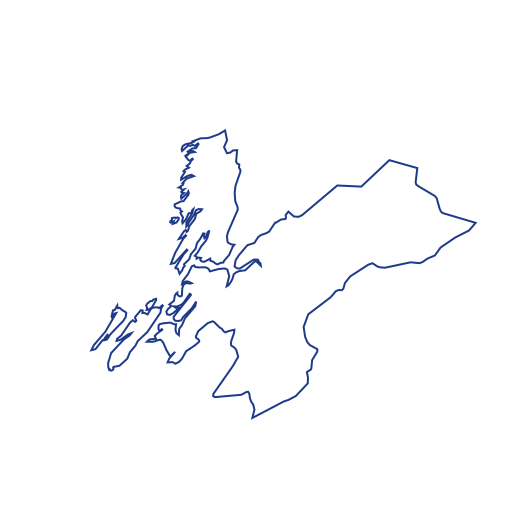 SVG path tracing the border of Sør-Trøndelag, rotated 318°
{"feature_id": "NOR-911", "entity_name": "Sør-Trøndelag", "entity_type": "County", "adm_level": 1, "iso_a3": "NOR", "parent_name": "Norway", "parent_adm1": "", "projection": "robinson", "projection_center": [9.786, 63.353], "detail": "fine", "context": "isolated", "style": "outline", "palette": "blue", "viewbox_px": 512, "rotation_deg": 318, "n_neighbors": 0, "source": "natural_earth", "source_scale": "10m", "svg_char_len": 6142}
<svg xmlns="http://www.w3.org/2000/svg" viewBox="0 0 512 512"><g transform="rotate(318 256 256)"><path d="M419.2,274.0L434.7,298.6L423.9,308.1L422.9,310.0L423.3,312.5L429.1,331.1L429.0,333.9L424.4,343.1L423.2,346.5L423.4,348.9L441.4,378.3L431.4,379.6L416.5,375.6L398.9,373.2L389.3,375.3L381.8,372.7L375.6,371.9L372.7,370.7L366.6,364.1L344.0,351.0L340.5,347.3L339.2,345.0L337.7,339.3L333.7,337.6L312.4,334.2L304.0,335.6L299.1,338.7L297.0,338.9L294.7,336.6L291.8,335.6L283.7,336.6L255.8,334.3L243.9,340.6L238.4,349.0L236.5,354.3L236.4,358.1L239.2,366.3L237.5,368.1L228.1,370.9L221.7,376.7L220.4,377.1L216.7,376.3L216.0,376.6L213.3,381.1L209.2,385.3L192.0,386.7L183.9,384.7L179.3,382.7L144.9,373.9L152.0,369.2L154.5,364.6L154.9,361.4L156.0,358.2L158.8,354.0L159.3,351.6L158.0,350.7L152.2,349.3L131.2,333.5L130.4,331.6L131.9,330.0L164.8,322.4L175.3,319.0L178.6,312.4L178.6,309.1L177.7,306.3L178.4,304.6L180.5,302.8L188.3,298.4L190.6,296.3L184.9,293.2L182.2,292.4L181.6,290.5L181.9,287.3L181.1,284.6L180.7,277.1L180.1,275.5L175.3,273.6L162.8,273.2L157.4,275.6L156.8,276.7L157.4,279.5L157.1,281.1L156.0,281.7L150.4,281.5L140.4,280.0L132.2,282.8L127.9,283.2L124.0,282.1L123.1,279.2L119.1,275.9L123.2,274.1L131.8,273.1L125.0,273.3L126.5,265.9L129.0,258.6L129.3,255.7L128.8,254.0L122.0,250.8L117.6,246.7L121.0,246.7L126.3,250.6L127.2,247.7L130.4,247.4L137.0,248.1L137.0,247.3L134.8,247.3L134.2,246.3L134.9,244.7L137.3,242.3L138.9,242.2L142.1,244.0L147.7,248.1L149.7,252.2L150.9,253.2L146.6,257.2L145.3,260.0L145.7,263.2L150.3,258.7L154.8,257.8L161.5,254.8L177.2,252.7L181.1,249.8L173.4,251.9L161.1,252.6L157.2,253.7L154.8,252.3L152.6,250.1L152.8,247.7L154.0,246.1L181.6,241.4L181.8,240.3L181.5,239.8L170.7,242.3L167.9,242.2L163.5,240.7L161.0,238.2L161.9,241.4L164.1,243.1L156.6,243.1L152.6,242.2L150.9,239.9L152.2,237.3L155.0,236.5L159.7,236.5L159.1,234.0L165.1,234.4L168.8,231.4L171.1,230.5L173.0,230.6L172.0,231.7L171.7,233.1L172.1,234.5L173.0,235.6L174.4,235.9L179.6,230.7L182.8,228.9L185.0,229.1L186.6,230.0L188.7,232.6L190.0,233.2L188.8,230.2L187.5,228.4L185.5,227.6L182.4,227.3L184.8,225.6L193.2,224.0L201.5,220.7L203.8,221.6L203.5,223.5L205.3,225.7L210.8,230.5L211.8,232.3L212.1,234.3L211.4,236.5L219.9,240.9L224.4,244.3L225.6,246.9L222.6,253.1L213.9,258.9L216.0,259.3L219.5,258.6L222.9,257.4L227.3,254.7L230.5,254.9L233.6,256.1L238.4,259.4L251.5,259.2L252.7,260.7L253.1,266.4L254.3,264.6L254.3,261.8L255.0,260.2L253.7,258.6L251.8,257.1L235.5,254.5L233.7,252.5L233.0,249.5L237.9,245.6L243.6,244.0L256.8,242.2L263.5,245.2L270.3,243.4L273.5,243.7L279.4,246.1L282.3,246.6L292.7,244.0L293.2,244.6L299.0,245.6L302.6,248.2L303.8,247.7L305.5,245.4L309.8,244.7L310.6,251.9L313.5,255.1L315.1,255.8L317.9,256.5L363.6,258.0L380.7,274.9L419.2,274.0ZM247.4,233.1L244.5,233.7L236.6,237.3L229.0,238.2L227.4,239.0L225.1,237.4L221.7,236.4L220.8,234.3L220.4,231.6L218.9,229.1L220.2,227.3L213.9,225.8L212.5,224.4L211.8,222.8L212.1,221.4L213.9,220.7L212.4,218.9L210.1,218.2L211.4,216.7L210.7,214.9L214.8,214.4L222.2,212.1L229.1,211.1L232.5,209.7L238.4,205.8L236.1,206.0L231.9,208.1L229.6,208.3L230.8,206.0L232.7,204.9L231.8,203.8L226.7,205.8L220.6,207.0L216.1,210.1L208.9,211.1L204.3,213.7L196.9,214.0L196.3,215.8L194.4,215.8L191.2,217.4L187.3,218.1L189.5,213.1L188.1,211.5L188.1,210.8L203.4,206.3L208.8,205.8L208.8,204.9L190.8,206.8L187.5,204.9L198.2,199.5L213.7,194.4L217.6,194.2L217.6,193.4L213.6,193.3L210.1,191.7L219.2,189.4L221.1,189.6L221.3,190.7L220.6,191.6L222.3,191.7L226.4,189.2L235.3,187.6L239.7,184.7L245.0,185.6L247.1,185.1L244.9,182.8L242.1,181.8L237.9,183.8L228.6,186.1L225.6,187.4L223.9,187.5L226.6,184.6L237.1,181.6L240.8,179.2L239.4,179.2L236.5,180.8L234.5,179.2L228.5,181.9L223.3,182.5L224.1,181.0L227.6,178.4L228.3,174.5L228.9,173.2L230.8,173.3L230.4,171.6L231.4,170.0L229.4,167.6L228.7,166.0L228.9,164.3L230.3,163.2L236.8,165.3L238.9,166.7L246.6,165.3L248.2,164.3L248.9,162.6L246.6,163.4L238.9,163.4L239.8,161.8L241.3,160.8L244.6,161.0L243.3,159.3L243.3,158.4L247.1,158.4L245.3,157.4L245.2,156.4L245.8,155.1L244.5,153.5L249.3,154.2L250.7,153.5L250.2,152.6L256.2,152.1L263.3,155.1L262.4,152.5L258.6,150.6L251.4,149.2L252.7,147.8L259.5,146.0L258.9,144.4L261.1,144.3L265.3,145.5L264.7,142.7L268.8,143.0L271.2,141.9L273.8,141.8L273.8,141.0L270.8,141.1L270.0,139.7L270.1,135.2L272.6,135.2L271.9,134.4L276.2,135.2L280.0,137.7L279.5,136.0L278.2,134.8L275.0,133.5L275.0,132.7L280.7,133.5L283.6,135.7L288.2,134.4L288.2,133.5L284.3,133.3L283.5,131.2L281.0,130.2L279.4,128.5L271.3,128.5L271.9,127.2L274.3,125.6L275.6,125.3L278.6,125.9L283.6,128.8L286.3,129.4L286.0,128.5L293.6,131.5L298.4,135.6L301.0,137.1L309.8,140.6L317.0,142.0L312.0,150.6L305.1,153.7L303.2,160.2L306.3,162.0L309.4,162.1L312.8,164.7L304.3,172.6L303.9,174.8L304.8,176.8L302.4,179.0L302.1,181.4L300.7,183.0L287.9,190.0L282.4,194.8L277.3,201.3L275.0,207.4L273.4,209.4L251.2,219.5L247.7,221.8L244.4,226.3L244.2,227.5L245.4,230.9L247.4,233.1ZM149.0,229.8L153.5,230.0L153.5,230.6L150.3,231.5L147.1,234.2L124.3,239.8L111.3,240.1L106.2,242.0L98.0,243.1L91.6,246.2L81.1,246.2L75.9,243.1L75.1,243.4L74.5,244.6L72.8,244.8L71.8,244.4L71.2,243.6L71.5,242.2L70.8,242.2L71.8,239.8L74.5,236.6L83.4,231.2L102.2,229.6L108.9,230.5L111.9,230.0L108.1,228.6L99.2,227.6L95.6,225.8L97.4,224.6L102.6,224.9L117.9,221.2L121.5,221.3L122.0,224.0L123.3,224.1L124.0,223.7L124.6,221.2L125.3,220.5L134.2,219.2L135.3,220.7L133.4,222.4L135.0,223.6L136.3,226.9L141.8,225.1L144.7,225.3L148.5,228.2L149.0,229.8ZM86.2,215.8L74.4,217.8L70.6,215.8L76.1,213.7L93.2,211.5L113.9,204.9L112.5,204.2L110.7,204.3L107.7,205.8L108.3,204.2L113.4,200.7L114.8,201.6L119.7,200.0L118.4,201.6L118.4,202.4L119.6,202.9L120.1,204.0L120.3,206.6L121.4,209.8L121.5,211.5L118.3,214.2L113.9,215.4L95.7,216.7L89.3,218.3L87.5,217.4L93.9,214.9L88.8,215.8L87.5,216.7L86.2,215.8ZM150.6,219.7L153.1,221.0L152.2,222.0L144.4,224.5L140.1,224.0L138.6,222.8L140.2,222.1L141.2,219.4L142.7,218.7L147.3,218.8L148.7,220.0L150.6,219.7ZM221.7,174.1L223.6,174.9L224.0,176.2L222.6,177.2L219.2,177.9L215.7,176.5L218.2,175.2L215.1,174.4L214.8,173.6L215.5,172.9L217.7,172.9L218.9,171.6L221.5,173.1L221.7,174.1Z" fill="none" stroke="#1e3a8a" stroke-width="2"/></g></svg>